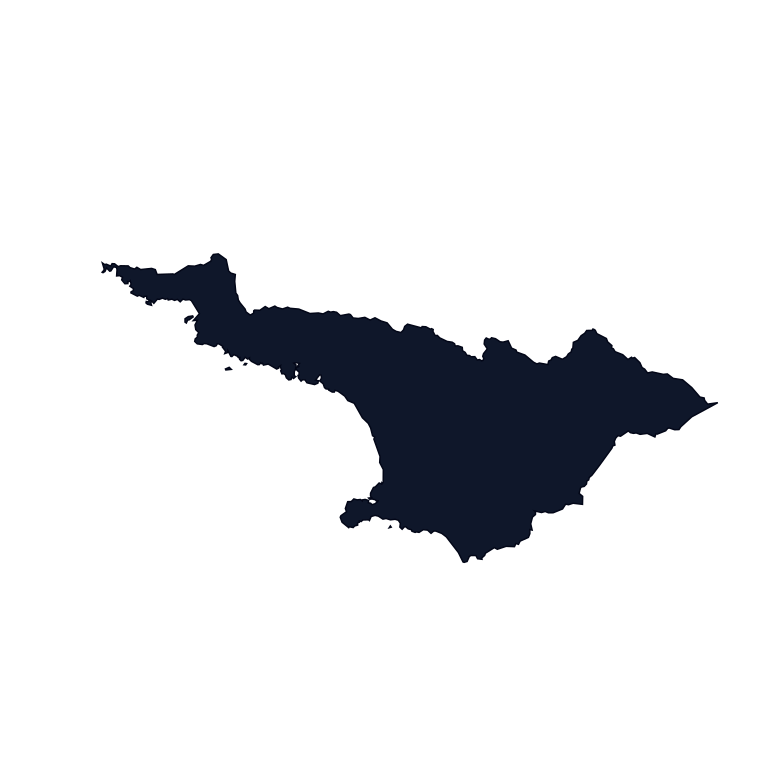 Buol, Sulawesi Tengah, Indonesia, rotated 207°
{"feature_id": "22746128B60636029206407", "entity_name": "Buol", "entity_type": "district", "adm_level": 2, "iso_a3": "IDN", "parent_name": "Indonesia", "parent_adm1": "Sulawesi Tengah", "projection": "orthographic", "projection_center": [121.506, 0.994], "detail": "fine", "context": "isolated", "style": "filled", "palette": "ink", "viewbox_px": 768, "rotation_deg": 207, "n_neighbors": 0, "source": "geoboundaries", "source_scale": "gbopen_adm2", "svg_char_len": 6169}
<svg xmlns="http://www.w3.org/2000/svg" viewBox="0 0 768 768"><g transform="rotate(207 384 384)"><path d="M689.9,364.0L685.7,359.6L685.2,358.2L685.9,355.6L684.9,355.6L683.7,357.6L683.9,361.5L679.6,360.0L678.7,360.8L678.2,365.6L675.4,366.4L673.8,364.7L671.3,358.9L668.8,360.5L665.5,360.4L665.0,357.7L660.4,355.7L657.8,357.2L658.9,358.8L658.2,358.7L657.1,360.9L654.6,358.1L654.9,355.7L650.6,355.3L649.8,353.3L651.2,351.4L650.9,350.3L643.7,350.3L642.4,351.9L637.3,352.1L637.4,353.2L635.4,354.5L634.0,352.2L630.3,352.3L632.0,349.9L633.3,349.6L632.9,348.2L631.1,347.7L626.9,348.6L628.7,350.5L628.4,352.4L625.7,351.4L624.5,356.7L622.6,357.4L620.4,359.9L617.3,360.2L615.6,361.9L614.4,360.9L611.5,363.3L608.6,363.4L606.5,365.6L602.9,364.7L601.7,368.3L598.9,368.8L595.6,370.9L593.4,370.8L580.4,362.9L582.7,353.9L579.2,356.1L579.2,350.8L576.4,347.0L572.4,345.7L572.6,342.7L571.6,341.1L572.7,338.5L572.0,336.0L568.6,335.0L563.8,336.7L562.6,338.4L560.1,339.4L552.4,340.2L550.9,341.9L550.8,344.2L549.2,344.8L544.7,344.4L544.7,343.5L540.0,341.3L539.7,338.8L537.6,341.0L538.3,342.9L533.0,339.1L532.0,339.4L531.1,342.0L527.4,342.2L525.6,341.4L524.4,342.2L523.9,340.5L521.9,339.8L520.5,340.9L519.8,344.8L516.9,344.3L515.7,346.2L515.2,344.9L512.4,344.0L505.2,343.9L503.8,344.8L503.6,346.9L502.2,346.6L501.7,347.3L500.0,346.1L496.2,349.2L486.4,348.6L485.0,350.5L485.7,351.2L484.5,353.4L484.2,352.1L482.0,350.5L482.0,348.8L479.6,346.7L477.8,347.7L476.1,347.4L473.8,345.2L470.7,344.4L468.9,345.8L469.1,348.4L467.1,347.9L466.0,350.6L467.7,350.6L469.6,354.4L469.5,357.0L471.0,361.0L473.8,361.6L471.9,363.1L468.6,364.0L469.1,360.7L468.0,360.6L469.8,358.4L468.5,357.0L464.9,356.0L463.8,353.3L464.5,352.6L462.7,350.5L459.2,348.9L458.5,350.8L456.3,351.8L453.2,350.1L445.6,352.0L443.3,354.7L443.9,357.2L446.8,356.4L445.5,363.0L444.0,363.3L442.4,360.9L442.5,357.5L438.3,356.6L435.4,353.8L433.5,353.3L430.8,354.3L430.5,353.5L426.5,353.3L424.6,354.3L424.8,356.1L421.7,356.7L413.5,355.4L408.7,352.8L401.8,353.3L387.9,344.1L380.2,341.8L375.9,338.7L370.7,332.7L368.2,332.6L368.0,330.3L354.6,317.6L352.2,312.1L345.8,307.5L340.1,296.1L340.3,294.9L341.1,295.1L340.6,293.8L343.4,293.6L345.0,288.4L346.4,287.0L346.4,280.6L345.2,278.1L343.3,277.2L345.9,275.4L344.5,274.9L342.2,276.2L339.1,276.9L337.8,276.3L336.3,277.2L336.2,276.4L337.7,273.1L340.0,271.0L341.7,271.7L344.1,271.1L344.8,273.2L348.4,272.6L350.7,270.9L350.3,270.0L352.6,270.4L355.3,268.6L358.7,267.9L359.8,264.4L362.9,262.7L361.9,255.5L359.4,253.2L362.6,247.1L362.5,245.4L358.6,241.8L350.2,240.0L350.1,241.1L346.3,242.1L345.7,244.2L343.4,246.3L344.5,248.3L343.3,249.5L343.8,250.7L342.0,251.0L341.0,253.3L336.1,256.0L335.0,255.7L335.3,260.1L332.3,262.9L329.0,263.7L323.6,263.1L321.1,265.1L316.6,265.9L312.7,268.5L309.4,269.1L306.2,267.3L304.9,263.7L301.9,262.8L301.0,266.0L299.8,266.7L296.8,265.9L293.4,266.6L292.3,265.5L288.9,265.9L287.9,267.0L285.4,267.7L282.9,272.0L278.8,273.6L274.3,272.3L272.9,275.6L271.0,276.5L264.7,277.1L259.1,276.1L241.2,267.6L232.8,261.3L231.6,261.5L229.4,263.6L229.7,268.9L228.8,270.6L224.2,272.9L221.3,270.8L217.1,272.3L217.9,273.4L216.5,276.9L216.8,279.3L211.4,288.3L208.0,288.2L201.5,294.8L193.9,298.3L194.1,301.7L191.4,302.2L191.4,305.8L185.7,312.9L186.1,316.9L188.0,320.5L185.7,321.1L189.8,326.0L191.3,332.8L189.8,336.4L190.7,338.4L192.5,339.2L185.3,341.0L182.5,343.6L179.0,343.9L174.8,346.1L168.2,353.7L167.6,359.4L164.8,360.2L161.4,363.6L152.5,366.9L156.0,374.1L160.5,375.1L161.7,380.5L161.4,381.8L159.1,383.7L158.2,386.8L159.2,389.6L158.1,391.5L158.7,393.9L157.3,397.2L155.1,409.3L151.8,430.3L152.1,432.6L150.5,434.4L152.7,437.3L153.0,440.8L152.2,444.1L149.5,444.9L145.0,453.1L142.4,452.5L139.3,453.3L137.1,454.9L133.0,455.4L127.0,459.5L118.6,459.8L119.1,463.1L117.8,463.4L111.8,470.2L111.1,473.3L109.9,474.3L104.3,475.2L100.5,477.3L100.1,480.7L94.9,494.5L78.1,518.9L86.5,513.0L90.9,515.0L92.4,516.9L96.6,515.8L108.0,520.5L119.8,523.3L128.9,520.3L136.1,521.6L139.5,519.4L150.5,516.5L154.2,513.5L158.5,515.6L161.5,515.8L165.7,519.2L172.7,521.4L174.3,519.8L175.6,520.2L177.8,516.6L184.6,518.5L192.8,517.7L195.6,519.5L197.6,519.4L198.4,521.7L203.9,523.1L206.5,525.5L217.2,525.5L220.2,527.8L222.1,528.0L222.9,527.7L222.7,526.4L227.7,523.7L228.2,520.3L230.3,516.5L231.1,510.9L234.2,507.1L232.0,501.7L232.5,500.2L231.8,497.6L233.4,494.5L233.7,491.2L236.3,487.0L243.6,486.5L246.0,483.9L246.1,481.2L247.7,479.2L246.8,475.7L255.1,473.2L256.9,471.3L260.6,471.3L271.6,473.8L280.2,472.7L281.8,474.2L286.6,473.9L293.0,478.9L296.9,475.4L299.7,474.3L305.2,475.0L309.2,474.0L309.6,472.3L311.0,471.5L313.8,471.4L314.3,468.8L312.9,465.1L307.9,462.2L309.1,456.3L308.6,453.5L306.8,452.1L306.4,450.0L307.7,448.9L309.9,449.2L311.8,447.7L315.5,449.6L318.8,447.8L320.7,448.2L323.2,447.2L326.0,449.0L329.1,449.3L330.9,452.2L335.4,451.6L337.8,450.2L339.4,451.9L342.2,452.2L347.1,450.6L355.3,450.4L358.5,451.5L360.5,450.4L364.3,453.1L364.9,454.9L366.8,454.9L367.6,453.9L372.7,454.0L376.1,452.5L376.2,451.0L390.2,448.0L391.7,444.7L391.2,441.1L392.2,437.6L397.1,436.4L401.3,436.6L409.0,439.9L415.3,438.8L422.1,438.9L425.4,434.7L431.3,434.7L436.7,430.7L441.5,428.8L445.4,430.6L447.0,430.4L453.9,425.1L458.8,426.4L462.0,425.5L464.2,423.8L466.7,423.5L470.1,418.8L474.7,417.5L482.0,413.2L493.9,412.1L502.1,408.8L504.7,408.7L508.5,404.8L514.1,403.6L516.6,403.9L520.8,398.8L525.0,399.1L528.1,393.3L532.9,391.1L533.3,390.1L532.3,387.9L534.5,384.7L539.6,385.6L541.8,387.7L549.2,391.0L552.0,392.8L554.6,396.4L557.3,397.8L563.6,407.7L566.2,414.1L570.9,413.3L573.7,414.1L581.1,423.2L590.7,424.7L594.9,421.9L595.5,418.0L594.2,416.8L594.1,414.7L598.6,407.8L601.8,407.2L606.1,403.1L612.1,400.4L620.7,386.2L621.9,386.3L635.9,378.6L639.7,382.1L643.5,381.5L652.8,375.5L657.2,375.8L658.4,373.2L663.2,372.4L665.5,373.1L672.3,369.8L674.2,367.9L678.6,368.8L680.9,367.8L681.0,365.0L685.8,364.7L687.1,363.6L689.9,364.0ZM585.4,357.8L589.0,355.2L590.9,351.8L589.4,348.8L587.8,348.6L588.0,351.8L586.8,352.6L584.5,357.1L585.4,357.8ZM529.5,328.6L532.1,325.4L531.3,324.7L526.7,327.7L529.5,328.6ZM517.2,339.3L517.5,337.6L515.9,338.2L515.7,339.8L517.2,339.3ZM313.9,260.4L314.1,258.3L312.6,259.7L313.9,260.4Z" fill="#0f172a" stroke="#020617" stroke-width="1.5"/></g></svg>